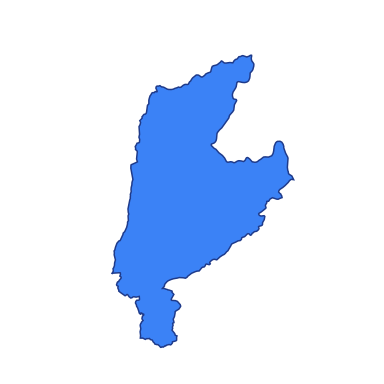 Sin Ho, Lai Chau, Vietnam (Natural Earth projection), rotated 230°
{"feature_id": "81297802B88663047044628", "entity_name": "Sin Ho", "entity_type": "district", "adm_level": 2, "iso_a3": "VNM", "parent_name": "Vietnam", "parent_adm1": "Lai Chau", "projection": "natural_earth1", "projection_center": [103.292, 22.251], "detail": "fine", "context": "isolated", "style": "filled", "palette": "blue", "viewbox_px": 384, "rotation_deg": 230, "n_neighbors": 0, "source": "geoboundaries", "source_scale": "gbopen_adm2", "svg_char_len": 6017}
<svg xmlns="http://www.w3.org/2000/svg" viewBox="0 0 384 384"><g transform="rotate(230 192 192)"><path d="M201.0,105.8L201.5,104.4L201.0,101.6L198.9,97.9L197.2,95.6L196.9,94.4L195.3,93.4L193.9,92.0L189.2,89.7L187.4,87.1L185.5,85.3L184.3,83.3L184.1,82.3L181.9,80.8L181.1,78.4L180.7,78.6L180.6,79.4L180.1,80.0L176.8,84.5L176.1,85.1L174.7,84.1L174.0,82.7L173.6,82.6L172.7,83.0L171.8,82.6L171.4,81.7L171.1,79.3L170.5,78.2L170.9,77.4L170.8,76.7L169.4,74.5L168.6,74.3L167.2,74.9L166.2,73.5L163.6,72.7L163.2,72.2L161.4,72.5L155.6,74.0L155.3,74.6L155.4,76.0L155.2,76.4L154.8,76.7L152.2,76.5L150.2,76.9L149.6,78.0L149.6,79.1L149.2,80.1L147.4,81.6L145.9,84.5L143.8,83.0L143.3,82.5L143.4,81.6L144.6,80.1L144.3,78.6L143.6,77.6L142.8,77.1L141.6,77.0L140.0,76.1L138.3,75.9L134.6,74.5L133.3,73.8L131.6,73.9L131.5,74.1L131.7,74.5L132.2,74.9L132.0,75.3L131.4,75.7L130.5,75.5L130.5,75.9L129.4,76.4L129.2,76.0L128.8,75.9L128.7,74.1L128.0,73.4L127.6,72.6L126.5,72.0L125.0,71.9L124.8,69.7L124.3,69.0L124.2,68.3L123.6,67.1L122.9,66.4L120.2,64.9L118.3,62.4L115.2,60.4L113.3,58.5L111.7,60.4L109.1,61.5L108.8,63.1L108.0,63.9L107.1,65.3L105.8,65.2L104.0,66.4L102.2,65.9L100.7,66.1L99.4,65.8L97.5,67.1L97.0,67.8L95.2,68.1L93.2,68.1L92.8,68.6L92.6,69.6L91.8,70.1L91.6,70.5L91.5,72.6L91.0,72.8L91.0,74.1L90.0,76.2L89.6,76.7L88.9,77.1L88.6,77.5L88.6,78.3L88.9,79.8L89.8,80.7L88.3,84.0L88.4,85.0L90.8,87.0L91.4,88.0L93.0,87.1L94.7,87.8L99.0,87.9L99.9,89.5L101.1,90.1L102.1,91.9L103.7,92.6L103.9,93.1L103.5,94.0L103.7,94.4L106.7,95.9L107.8,98.4L110.2,101.3L111.2,102.2L111.2,103.5L110.7,106.7L111.6,109.7L112.1,110.1L113.4,110.6L117.6,110.5L119.4,109.5L122.0,106.8L122.5,106.7L123.1,107.1L123.6,108.0L125.2,112.3L128.0,112.2L128.6,112.9L129.0,113.0L131.5,111.5L132.7,110.5L133.4,110.3L134.4,109.5L135.9,108.8L137.1,107.4L137.7,110.5L138.5,111.2L139.0,112.5L139.4,115.2L139.3,116.8L138.5,119.5L137.5,122.0L135.4,125.6L134.7,127.2L131.9,130.2L130.5,131.3L130.1,131.7L129.9,133.7L130.2,134.6L130.0,139.4L129.0,142.9L128.2,144.9L126.9,146.8L127.6,150.2L127.7,151.2L127.5,152.0L126.8,153.0L126.8,153.5L127.0,154.7L127.7,155.9L127.7,156.3L127.5,156.8L125.3,158.4L125.1,159.2L125.3,159.9L126.3,159.9L126.7,160.3L127.0,162.0L127.0,163.2L126.8,164.7L126.0,166.0L124.1,167.4L124.3,171.7L124.0,174.6L123.5,176.6L123.6,178.2L124.0,180.0L123.9,181.7L125.8,187.0L126.5,188.5L126.6,189.3L126.2,190.9L125.5,193.3L125.0,195.8L123.8,197.8L123.9,199.3L124.9,200.6L124.9,201.3L124.0,203.5L124.0,204.4L124.3,207.4L124.1,208.1L123.3,208.8L121.4,208.9L121.0,210.0L121.7,211.6L121.4,213.0L121.6,214.1L121.3,214.8L120.7,215.6L120.3,216.8L120.4,218.8L120.9,219.8L122.6,220.6L122.6,221.4L121.7,223.3L121.5,224.5L122.0,225.4L123.1,226.2L124.4,229.6L126.5,232.1L127.5,232.0L129.3,229.3L130.6,228.7L131.4,228.6L132.4,229.0L132.6,229.6L132.2,232.3L132.1,238.0L132.4,238.6L134.3,239.4L135.0,240.3L135.4,241.8L136.0,242.7L136.7,243.2L136.6,243.6L135.7,244.7L135.9,245.7L136.3,246.6L136.4,247.7L136.0,249.2L136.0,249.9L132.1,252.3L131.1,253.3L130.5,255.6L129.8,257.4L131.5,258.3L132.7,258.4L133.3,258.7L134.6,258.4L136.2,258.3L136.8,258.9L137.3,259.9L137.5,261.0L137.1,264.5L137.1,267.5L137.5,271.9L138.0,273.9L138.0,275.8L137.8,276.3L136.1,277.8L140.1,278.8L143.2,277.8L144.3,277.9L145.7,278.8L146.9,279.2L149.6,280.9L156.0,287.1L157.1,287.7L161.7,288.7L166.4,290.5L167.2,290.9L167.9,291.6L170.0,292.5L172.4,292.8L174.2,292.1L175.8,290.1L176.0,289.3L175.9,287.7L174.2,284.4L170.9,280.9L169.4,278.9L168.5,276.4L169.6,273.0L171.9,270.6L172.8,269.2L172.9,265.6L173.2,263.8L173.2,261.8L173.6,260.4L174.4,259.2L176.5,257.5L180.3,257.4L182.1,257.0L182.8,256.6L183.1,256.0L183.1,255.3L182.1,252.9L182.2,251.2L182.4,250.9L184.1,249.7L185.8,248.1L186.5,246.7L187.0,243.7L187.7,242.8L189.3,242.0L190.4,241.0L191.7,238.6L192.7,238.1L193.4,238.0L197.0,238.8L200.4,238.8L204.8,237.8L209.2,237.8L211.4,237.0L215.2,236.7L216.0,237.3L216.2,237.7L215.3,240.5L215.4,242.1L215.9,243.5L216.9,244.9L220.8,248.8L221.3,250.1L221.9,253.1L222.0,256.0L225.0,267.7L226.4,269.7L226.7,270.6L227.3,274.7L227.9,276.6L231.6,280.6L233.2,284.7L233.5,285.1L234.4,285.3L236.4,283.8L237.2,283.7L239.4,284.6L240.9,285.8L242.2,287.8L243.6,292.2L244.3,293.6L247.0,296.8L247.0,297.8L246.6,298.7L243.6,301.0L242.2,302.4L241.5,303.5L240.9,305.0L240.8,306.8L242.0,309.2L243.1,310.5L245.8,313.1L246.1,315.6L246.6,317.2L248.7,320.2L250.1,321.5L250.8,321.8L254.0,322.1L254.8,322.4L256.4,323.4L257.9,325.2L258.5,325.5L259.2,324.6L259.4,323.0L260.2,320.8L263.8,318.6L264.3,317.6L264.6,316.2L265.5,314.9L264.9,312.2L265.1,311.4L265.6,310.5L265.5,308.6L264.7,306.3L266.8,304.3L268.8,301.1L269.7,300.0L270.4,299.6L272.7,299.2L273.5,298.7L273.2,297.1L273.3,293.5L273.5,292.5L274.9,289.6L275.2,288.3L274.5,286.9L272.3,283.9L272.1,283.0L273.1,280.4L273.6,278.1L273.2,276.8L273.4,274.0L274.2,273.0L276.9,272.3L277.8,271.8L278.9,270.4L279.0,265.9L278.6,264.1L277.9,262.3L277.9,260.7L277.0,258.7L277.0,258.3L277.2,257.7L278.7,256.1L279.1,255.3L279.4,253.8L279.4,250.9L280.0,249.8L281.1,249.1L281.5,247.5L282.4,245.5L282.8,243.7L283.9,241.9L285.7,239.9L286.6,239.2L290.2,237.8L291.0,237.3L292.2,236.2L294.1,235.8L294.7,234.3L295.6,233.3L295.7,232.4L294.8,231.1L292.1,230.3L291.3,229.8L291.4,229.4L292.6,228.4L292.4,226.9L293.2,226.1L293.6,225.1L293.5,224.4L293.0,223.5L292.6,221.7L291.3,219.6L290.1,218.0L287.3,215.6L287.0,213.6L282.4,208.5L281.7,207.4L281.6,206.5L282.3,205.2L282.2,204.1L281.9,203.2L281.8,202.1L280.6,201.2L280.2,197.8L279.0,197.6L278.2,197.2L277.0,195.6L276.2,193.5L269.9,188.9L268.1,186.6L265.9,185.7L263.9,183.7L263.8,183.2L264.7,181.2L263.7,179.1L263.4,177.8L261.7,176.9L260.8,176.0L259.2,176.3L258.0,176.0L252.9,170.7L250.2,169.6L250.6,167.7L251.9,163.2L251.9,162.6L249.5,160.4L239.6,154.8L238.0,152.3L236.1,150.5L234.6,148.4L233.1,146.9L231.3,145.6L229.8,143.2L228.6,142.4L227.8,141.4L226.9,140.9L225.9,139.2L220.2,132.1L217.4,130.1L215.8,129.4L214.8,127.7L210.9,124.8L210.4,123.3L209.0,122.1L206.9,119.2L204.9,115.0L204.7,112.8L203.8,111.8L201.0,105.8Z" fill="#3b82f6" stroke="#1e3a8a" stroke-width="1.5"/></g></svg>